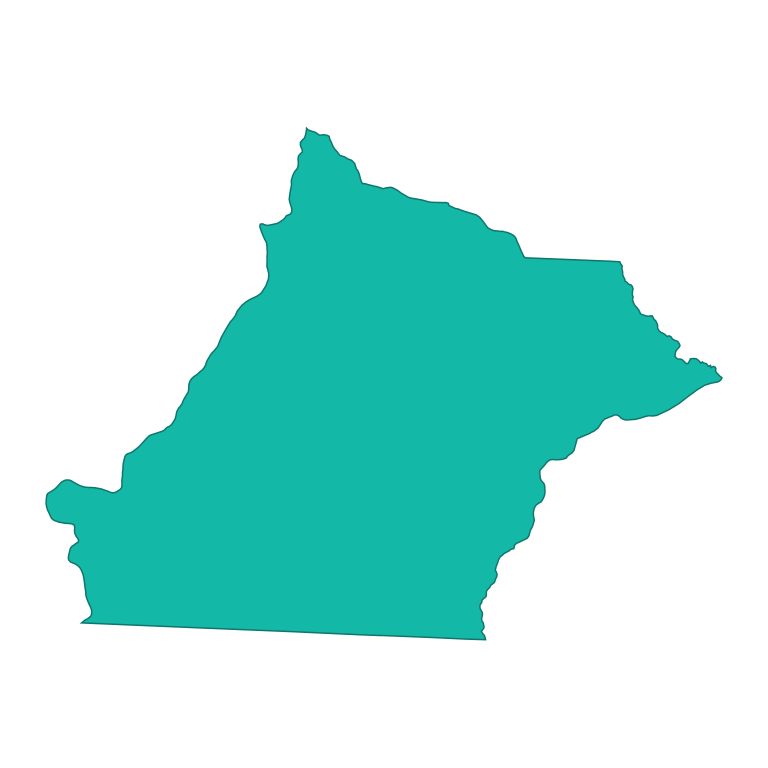 Porto Esperidião, Mato Grosso, Brazil (orthographic projection)
{"feature_id": "56859067B36825923624990", "entity_name": "Porto Esperidião", "entity_type": "district", "adm_level": 2, "iso_a3": "BRA", "parent_name": "Brazil", "parent_adm1": "Mato Grosso", "projection": "orthographic", "projection_center": [-58.974, -15.892], "detail": "fine", "context": "isolated", "style": "filled", "palette": "teal", "viewbox_px": 768, "rotation_deg": 0, "n_neighbors": 0, "source": "geoboundaries", "source_scale": "gbopen_adm2", "svg_char_len": 6056}
<svg xmlns="http://www.w3.org/2000/svg" viewBox="0 0 768 768"><path d="M721.4,379.3L721.9,377.6L720.0,376.3L716.5,372.7L715.5,371.1L715.9,368.9L715.3,367.3L713.6,366.4L711.2,367.6L710.5,365.4L708.4,366.3L706.3,363.6L703.9,363.1L702.3,361.9L700.9,363.2L699.1,361.0L697.7,359.8L696.3,358.8L693.6,358.5L690.4,358.8L689.5,360.9L688.3,363.3L686.2,363.6L684.1,361.5L682.0,359.6L680.0,359.0L678.0,359.1L676.2,357.9L674.8,356.1L675.4,353.9L675.4,352.0L676.8,349.7L679.2,347.2L680.0,345.6L679.2,343.6L677.6,341.3L674.9,340.4L672.5,339.1L671.0,336.8L669.1,335.8L667.2,336.5L664.8,334.4L662.7,333.1L660.9,332.4L659.0,330.7L657.6,328.2L657.6,325.3L656.9,323.2L655.6,320.7L654.0,319.3L653.2,317.7L652.3,315.9L650.1,315.9L647.8,316.3L642.2,314.7L640.4,313.6L639.6,311.6L638.6,309.8L636.8,307.5L634.6,305.1L633.3,302.3L632.5,299.4L633.1,296.7L632.3,294.8L632.5,291.5L633.0,288.7L632.3,286.5L631.1,285.0L628.5,284.1L626.8,282.2L625.0,281.1L624.8,279.3L623.5,276.9L622.6,274.4L622.7,272.1L621.9,268.8L622.2,265.9L620.7,263.8L619.8,261.8L609.5,261.2L525.2,257.8L523.7,256.3L521.0,250.6L519.4,246.6L517.0,241.3L516.1,238.7L514.9,236.8L513.6,235.5L511.0,234.0L507.6,232.5L505.2,232.1L502.6,231.3L499.8,231.4L498.1,231.0L495.9,230.9L493.7,230.6L491.2,229.6L488.1,228.1L486.2,225.8L484.6,223.4L479.8,217.4L476.3,214.9L463.7,211.1L458.2,209.0L455.1,208.4L449.0,205.5L448.2,203.2L445.7,202.5L443.9,202.6L434.5,202.4L430.2,202.2L425.1,200.9L422.0,200.0L415.2,198.8L410.9,198.1L408.1,197.2L401.3,193.2L397.0,190.0L392.6,187.8L390.7,187.3L386.4,187.8L383.2,188.7L376.8,186.6L375.0,186.3L368.4,184.7L365.9,183.9L362.6,183.5L361.4,181.9L360.2,178.0L359.3,174.2L357.7,170.4L356.5,169.1L354.6,163.4L351.6,160.3L347.6,158.8L344.6,156.9L339.8,155.4L337.2,151.8L334.7,149.1L333.1,146.6L330.8,141.2L329.7,139.1L329.1,136.3L327.0,135.3L323.5,134.7L319.6,135.3L315.3,132.3L311.5,131.1L308.1,129.9L306.6,128.3L306.2,131.6L305.5,135.0L304.6,137.9L302.1,140.3L300.4,142.5L300.4,145.1L301.0,147.3L302.3,149.8L302.2,152.2L300.3,153.8L298.5,156.0L298.0,158.9L298.3,161.9L298.3,163.6L298.2,165.6L297.6,167.7L296.7,169.3L294.8,171.4L294.0,173.0L293.0,175.1L292.0,178.1L291.3,180.7L291.5,185.4L290.7,188.9L289.9,193.6L289.2,199.1L289.7,201.9L291.4,207.3L291.8,209.5L291.7,212.0L290.2,214.2L288.5,214.9L286.4,215.7L284.9,218.0L283.3,219.6L278.9,222.6L276.8,223.6L274.6,224.0L269.6,225.1L267.5,225.4L264.9,224.9L262.5,223.8L260.2,224.2L259.8,226.7L261.7,232.3L263.2,235.9L264.8,239.6L266.0,241.5L266.7,243.6L267.0,246.3L267.1,249.9L267.4,252.3L267.0,257.0L267.1,259.9L267.0,264.0L266.9,266.6L267.7,269.0L268.2,271.5L268.7,273.3L268.7,275.1L268.6,277.4L268.3,279.5L267.1,282.6L265.9,285.8L263.7,289.3L261.6,292.6L259.8,294.3L256.4,296.5L251.5,298.7L248.2,300.5L245.8,302.1L242.0,305.2L237.3,311.0L235.0,316.3L232.3,319.7L230.2,322.0L226.0,329.0L221.5,337.0L220.1,340.3L218.2,345.2L217.4,346.8L216.1,348.4L214.0,350.9L212.3,352.6L210.5,354.9L209.3,357.0L207.4,360.1L206.4,362.3L205.8,364.5L204.5,367.2L202.2,370.1L200.6,371.2L196.9,374.6L193.9,376.6L191.7,378.6L190.2,380.8L189.5,382.4L188.9,384.5L188.7,389.5L188.2,392.0L184.1,398.9L182.8,401.7L182.1,403.6L180.3,406.3L178.7,408.0L177.7,409.8L176.6,412.2L176.3,414.3L175.8,416.5L175.2,418.8L173.6,421.5L172.3,423.5L170.8,425.3L169.1,426.5L167.0,427.4L165.7,428.6L164.4,430.1L162.5,431.2L153.6,434.1L150.0,435.3L148.6,436.4L146.8,438.1L140.0,445.6L138.3,447.3L132.2,452.0L129.5,453.2L127.9,453.7L126.3,454.5L125.1,456.2L124.1,459.6L123.4,462.7L123.0,466.0L123.0,468.6L122.5,472.5L122.5,475.5L122.1,478.3L121.9,480.5L122.0,483.9L121.9,486.2L121.3,488.2L119.7,489.8L117.4,491.3L115.3,492.4L113.0,492.9L109.8,492.2L107.1,490.9L104.4,490.1L101.9,489.1L99.0,488.5L95.8,487.9L92.1,487.5L88.7,487.5L84.6,487.1L80.3,485.8L76.0,483.6L71.2,480.8L69.4,480.1L67.7,480.0L65.5,480.1L63.8,480.8L61.3,482.3L58.6,485.2L56.3,487.7L53.8,489.8L49.2,492.6L47.7,493.6L46.8,495.3L46.3,499.1L46.1,503.7L46.5,506.2L47.5,509.9L49.0,512.9L50.0,515.2L51.6,518.4L53.5,520.0L55.5,520.9L58.8,522.1L65.3,523.3L67.8,523.4L70.8,523.7L72.7,524.2L74.4,525.3L74.7,528.1L74.5,531.0L74.8,533.2L76.0,536.0L77.6,538.2L78.6,540.1L78.2,542.2L75.8,543.5L73.9,545.1L72.1,546.2L70.4,548.2L69.1,553.6L68.6,555.7L68.3,558.2L68.9,560.3L70.6,562.0L72.9,563.0L74.9,563.8L76.7,564.8L78.1,565.9L79.9,567.7L81.2,569.9L82.1,572.0L83.1,574.6L83.8,577.9L84.6,583.6L85.2,588.5L85.6,591.0L85.8,593.0L85.9,595.3L86.4,597.2L87.4,600.1L88.9,603.8L90.1,606.1L91.1,608.6L91.6,610.3L91.7,613.1L91.1,615.7L89.4,617.4L87.2,619.0L84.6,620.4L81.6,622.9L200.5,627.9L291.3,631.6L358.8,634.7L379.4,635.5L381.8,635.5L404.9,636.4L432.3,637.5L466.3,639.1L485.6,639.7L485.2,637.7L484.3,635.4L482.9,633.7L481.3,631.2L483.5,628.8L484.1,626.7L483.6,625.0L483.3,622.9L481.9,621.0L481.6,618.7L482.5,614.3L482.2,612.4L480.1,608.5L479.8,605.9L480.5,604.3L481.7,602.6L481.9,600.4L483.8,598.4L485.7,597.0L486.4,595.1L486.3,592.9L486.5,591.1L487.6,589.5L489.6,587.6L490.9,585.1L492.5,584.0L494.4,582.4L495.3,579.7L496.9,576.2L497.0,574.0L496.3,572.1L495.3,570.0L496.2,566.4L497.7,562.5L498.6,559.6L500.1,557.0L502.0,555.5L504.3,553.4L509.2,550.8L510.9,549.3L513.9,548.6L514.5,545.2L516.5,543.3L518.5,542.5L527.2,538.3L529.0,535.7L530.2,530.8L532.4,526.6L533.1,524.5L534.3,520.1L533.6,516.5L533.3,513.0L533.8,509.9L534.9,506.9L536.2,505.0L538.4,503.4L541.0,501.9L542.4,500.0L543.9,497.0L544.7,494.4L545.0,492.1L544.7,485.7L543.8,483.4L541.3,480.6L540.3,478.4L539.8,473.6L539.8,470.4L544.3,465.5L546.8,462.3L548.4,461.0L549.9,459.9L552.2,459.5L556.5,459.8L558.7,459.7L562.3,459.3L566.1,458.2L567.9,455.8L569.8,454.3L571.7,453.2L573.9,450.6L577.2,438.7L583.7,435.9L589.7,433.4L591.2,432.4L593.9,431.2L597.9,428.1L600.2,424.8L601.5,422.7L602.9,420.7L604.8,419.0L609.4,417.1L611.9,416.2L614.3,415.0L617.2,415.0L619.2,416.2L621.2,418.2L623.3,419.3L625.6,420.0L628.0,419.9L631.9,419.6L635.6,419.3L639.9,418.2L643.1,417.2L646.0,416.3L648.5,415.8L650.2,415.8L652.5,416.0L656.8,415.4L669.1,409.6L679.0,403.5L688.7,396.0L697.6,389.5L704.7,385.2L711.1,383.2L717.4,382.0L719.3,381.2L721.4,379.3Z" fill="#14b8a6" stroke="#0f766e" stroke-width="1.5"/></svg>